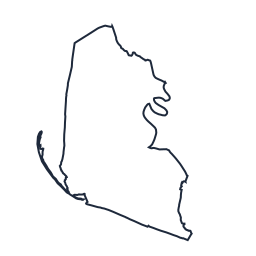 Sfantu Gheorghe, Tulcea, Romania, rotated 103°
{"feature_id": "2599482B99417492783544", "entity_name": "Sfantu Gheorghe", "entity_type": "district", "adm_level": 2, "iso_a3": "ROU", "parent_name": "Romania", "parent_adm1": "Tulcea", "projection": "equal_earth", "projection_center": [29.46, 44.925], "detail": "fine", "context": "isolated", "style": "outline", "palette": "slate", "viewbox_px": 256, "rotation_deg": 103, "n_neighbors": 0, "source": "geoboundaries", "source_scale": "gbopen_adm2", "svg_char_len": 5779}
<svg xmlns="http://www.w3.org/2000/svg" viewBox="0 0 256 256"><g transform="rotate(103 128 128)"><path d="M74.7,102.4L75.2,102.8L74.9,103.0L74.7,104.3L74.2,106.0L73.8,108.4L73.3,110.8L72.9,112.3L72.5,112.9L72.1,113.5L71.2,114.4L70.6,114.9L69.7,115.4L60.2,119.9L59.0,120.5L57.8,121.2L57.3,121.7L57.3,122.2L57.3,122.8L57.2,123.2L57.1,123.8L57.1,124.3L57.3,124.6L58.1,125.7L58.3,126.1L58.3,126.4L57.8,126.8L57.6,127.2L57.6,127.9L57.5,128.3L57.0,129.4L56.1,131.7L55.8,132.2L55.6,132.4L55.5,132.6L55.4,134.5L55.2,135.4L55.0,136.3L54.8,136.7L54.6,137.0L53.6,137.9L53.2,138.4L53.1,138.8L53.1,139.4L53.3,140.0L53.6,140.2L54.6,140.1L55.1,140.2L56.4,140.6L56.9,141.1L56.8,141.8L57.0,143.4L56.9,143.7L56.5,144.0L55.3,144.9L53.5,146.5L53.4,146.8L53.5,147.4L53.6,148.2L53.4,148.7L53.2,149.2L52.7,150.0L52.1,150.8L51.9,151.2L51.8,152.0L51.6,152.5L51.4,152.8L50.4,153.2L50.0,153.6L49.5,154.0L48.9,155.2L48.3,156.0L47.4,157.1L46.1,158.2L45.1,158.9L44.3,159.4L43.4,159.7L42.6,159.9L42.3,160.1L34.7,164.7L32.7,166.0L32.2,166.4L32.5,166.4L33.0,166.6L33.1,166.9L33.3,167.7L33.4,170.1L33.4,171.1L33.4,173.2L33.5,173.4L33.7,173.8L34.0,174.3L34.4,175.0L36.6,178.4L37.2,179.2L38.1,180.2L41.9,183.9L54.9,196.8L56.2,198.1L57.3,199.1L69.3,198.1L73.8,197.7L74.6,197.5L75.3,197.5L81.1,196.5L90.2,196.5L98.0,196.6L99.9,196.2L101.4,196.1L104.4,195.9L106.5,195.8L109.0,195.7L110.1,195.3L111.1,195.3L113.5,195.0L115.3,194.6L128.7,192.4L130.9,191.6L137.0,190.6L141.5,189.7L148.5,188.7L154.9,187.4L157.4,186.6L159.6,186.0L161.4,185.9L164.2,185.6L166.0,185.4L167.6,185.1L173.1,184.9L175.5,185.1L176.2,185.4L178.3,185.1L178.9,185.2L180.3,185.9L181.7,185.1L181.9,184.9L182.4,184.5L183.1,184.3L184.1,183.4L184.5,183.4L184.6,183.2L185.0,182.5L186.3,181.5L186.3,181.3L186.8,180.9L187.1,180.2L187.3,179.6L188.0,178.8L188.5,177.8L189.3,176.8L189.5,176.7L189.6,177.2L190.1,177.4L190.3,177.2L190.9,177.3L191.6,177.1L191.9,177.1L192.3,177.5L193.0,177.5L193.2,177.8L193.6,177.7L194.4,177.8L195.7,176.7L196.9,176.2L198.2,174.9L198.4,174.6L200.1,173.5L200.5,173.6L200.4,173.3L201.4,173.1L202.0,172.8L203.1,172.5L202.9,172.3L203.3,171.6L203.7,171.6L204.6,170.8L204.1,173.0L200.3,178.2L199.2,179.8L198.1,180.7L197.0,183.5L195.4,185.3L193.9,186.8L192.0,190.3L190.0,192.0L188.6,193.3L186.0,196.4L185.0,197.4L183.3,198.9L181.0,201.2L179.6,202.8L178.1,203.5L176.8,204.9L174.5,205.4L173.4,205.2L170.4,205.9L168.2,205.8L167.2,205.9L167.2,206.5L167.9,206.8L167.9,207.9L168.0,208.6L167.0,209.2L165.5,209.1L164.5,209.4L165.2,210.1L164.4,210.7L162.7,211.3L160.2,211.4L158.8,211.4L157.4,211.2L157.9,212.2L156.2,211.9L152.8,211.1L151.3,211.1L150.8,211.6L151.5,212.6L153.6,213.4L156.9,213.8L164.0,212.7L171.6,209.4L179.9,204.3L186.4,197.8L193.3,189.7L194.6,187.5L197.7,184.1L199.6,180.7L202.7,175.8L204.2,173.7L204.8,172.5L205.2,170.7L205.7,169.8L207.1,165.7L208.2,162.7L208.4,160.8L208.2,158.9L208.0,157.7L208.3,156.6L208.1,155.7L207.6,155.3L207.8,156.3L207.4,157.9L207.9,160.9L207.5,163.1L206.7,165.6L206.4,166.8L206.3,166.5L205.1,165.1L204.6,162.2L203.8,161.0L203.9,160.9L203.1,157.6L202.8,156.9L202.4,156.6L202.1,156.2L201.9,155.6L202.1,155.3L203.1,155.3L203.4,155.0L209.1,150.8L210.0,151.6L211.1,151.8L211.3,151.5L211.5,150.6L211.6,146.3L211.9,139.6L211.7,136.9L211.9,135.4L211.8,133.0L212.1,130.0L212.2,128.6L213.0,123.6L214.4,116.2L215.4,110.1L215.7,109.5L215.7,108.8L216.5,105.6L217.3,100.9L219.0,92.6L219.6,87.9L219.8,86.9L218.6,86.0L219.2,85.2L219.7,80.6L220.2,77.1L220.7,72.9L221.1,67.2L221.6,63.1L222.1,59.5L222.4,56.1L223.0,53.1L223.2,52.2L223.1,51.8L223.1,51.0L223.3,50.2L223.0,49.5L223.8,44.6L221.0,43.7L219.0,43.1L217.8,42.7L216.6,42.2L216.4,42.4L215.9,42.9L214.3,43.9L214.1,44.4L214.1,44.7L214.4,45.2L214.5,45.8L214.2,46.4L214.3,46.7L214.1,47.0L214.2,47.3L214.1,47.7L214.1,48.2L213.9,48.7L213.5,49.0L213.4,49.6L213.1,50.0L212.5,50.4L212.4,50.8L212.1,51.1L211.7,51.6L211.2,51.9L210.9,52.0L210.4,52.0L209.7,51.8L209.1,51.3L208.5,51.5L208.6,51.8L208.7,52.5L208.8,53.3L208.7,53.8L208.4,54.2L207.0,55.1L205.8,55.9L203.2,56.4L202.0,57.2L200.4,58.1L199.5,59.0L197.8,60.2L196.2,60.6L195.6,60.6L194.3,60.7L193.1,60.7L192.3,60.7L191.2,60.9L190.9,60.9L188.4,60.9L184.1,60.9L182.9,61.1L181.4,61.4L179.0,61.7L176.4,61.8L176.2,61.8L176.2,62.4L176.1,62.8L176.1,63.1L176.0,63.4L174.6,63.4L172.7,62.5L172.3,63.2L172.0,63.2L171.7,63.3L169.2,63.3L168.9,63.2L169.0,63.1L169.1,62.8L169.2,62.6L168.0,62.3L167.5,61.8L167.3,61.4L167.3,60.6L167.4,60.3L167.4,60.2L167.5,59.9L167.3,60.0L167.1,60.0L163.2,59.5L162.9,59.4L161.2,59.2L161.1,59.4L161.1,59.6L161.2,59.8L160.8,60.1L159.7,60.9L157.6,62.6L153.0,67.3L151.5,68.9L150.8,69.7L147.2,74.2L146.0,75.8L143.1,79.9L142.9,80.4L141.6,82.1L140.8,82.7L140.6,82.9L140.2,84.9L140.0,85.9L140.1,86.2L140.3,86.8L140.9,89.2L141.8,92.5L141.6,95.9L141.6,98.2L141.7,98.5L141.8,99.2L142.4,100.2L142.5,101.2L142.3,102.5L142.1,103.3L140.8,102.1L138.6,100.8L138.1,100.7L135.5,100.1L133.2,99.7L129.3,99.4L127.4,99.3L126.1,99.4L123.2,100.4L121.6,101.8L118.9,106.3L117.0,109.8L116.0,111.4L115.4,112.2L114.6,113.2L113.9,114.0L113.3,114.6L112.5,115.2L111.9,115.6L111.0,116.0L110.3,116.3L108.6,116.5L107.6,116.4L106.4,116.3L105.4,116.1L104.7,116.0L103.7,115.7L103.2,115.5L102.6,115.2L101.0,114.5L100.1,113.8L99.6,112.7L100.6,112.0L102.0,111.0L102.4,110.7L103.4,110.0L104.1,109.5L104.9,108.5L106.0,107.0L106.8,105.4L107.4,102.8L107.7,101.2L107.7,98.9L107.8,97.3L107.6,95.8L107.4,94.7L106.5,93.9L105.6,93.4L104.9,93.3L103.6,93.4L102.2,94.5L100.6,96.9L99.2,101.7L98.7,103.4L97.4,106.6L96.3,107.9L95.0,108.9L93.7,109.3L93.0,109.1L91.6,105.2L91.3,103.6L91.4,102.0L91.7,100.6L93.2,97.7L92.7,96.6L92.2,95.5L91.3,94.4L90.5,94.1L89.4,94.0L88.5,94.4L87.8,94.8L85.9,97.1L84.1,99.7L81.9,101.6L80.9,102.2L80.0,102.5L78.6,102.6L77.2,102.3L76.3,102.2L75.8,101.9L75.6,101.5L74.7,102.4Z" fill="none" stroke="#1e293b" stroke-width="2"/></g></svg>